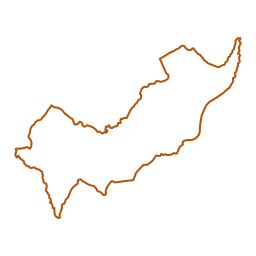 the district of Laulara, Aileu, East Timor
{"feature_id": "22284137B18374352558819", "entity_name": "Laulara", "entity_type": "district", "adm_level": 2, "iso_a3": "TLS", "parent_name": "East Timor", "parent_adm1": "Aileu", "projection": "equal_earth", "projection_center": [125.578, -8.625], "detail": "fine", "context": "isolated", "style": "outline", "palette": "amber", "viewbox_px": 256, "rotation_deg": 0, "n_neighbors": 0, "source": "geoboundaries", "source_scale": "gbopen_adm2", "svg_char_len": 5756}
<svg xmlns="http://www.w3.org/2000/svg" viewBox="0 0 256 256"><path d="M197.8,135.9L198.8,135.0L199.1,134.3L199.9,131.0L199.8,129.2L200.0,125.7L201.6,115.7L202.0,114.6L205.1,107.5L206.0,105.7L207.4,104.0L209.7,101.6L211.3,100.8L218.1,96.6L219.6,95.4L221.9,94.0L223.5,92.7L227.3,89.2L227.9,88.8L229.2,88.1L229.5,87.0L230.1,86.6L230.6,85.8L231.3,84.2L232.6,82.5L233.1,81.5L233.2,80.6L232.9,78.9L233.0,78.2L233.8,77.6L234.9,77.4L235.2,76.9L235.4,76.0L235.4,75.1L234.9,74.1L234.6,73.2L236.1,71.8L236.4,71.1L236.8,69.7L236.9,68.6L237.2,67.5L237.6,66.7L238.1,65.5L238.0,64.7L238.0,63.4L238.6,63.1L239.1,62.6L239.5,61.9L239.7,61.0L239.6,60.2L239.3,59.5L239.1,57.1L239.9,55.9L240.0,55.1L239.4,54.3L238.4,54.1L238.1,53.1L238.3,52.6L238.9,52.0L239.4,51.2L239.4,49.8L238.7,48.0L238.8,47.4L239.2,46.9L239.8,45.0L240.6,43.8L240.6,43.0L240.1,42.0L239.5,41.7L239.3,41.0L239.2,40.4L240.2,39.1L240.2,38.2L238.6,38.4L238.0,38.1L236.6,39.3L235.9,40.1L235.4,41.0L235.4,42.0L235.7,42.9L235.0,44.8L234.2,47.5L234.1,48.3L233.9,49.1L233.3,49.5L232.6,50.4L232.1,52.5L231.2,54.0L230.6,54.3L230.2,55.0L230.1,55.9L229.7,56.7L228.8,56.9L228.3,57.5L227.9,58.7L227.8,59.8L227.4,60.9L226.9,61.4L225.7,61.9L224.8,64.2L224.2,64.7L222.8,65.1L221.1,65.9L219.7,66.7L217.7,67.1L208.0,63.3L206.8,62.2L204.2,60.2L202.9,58.2L201.6,56.7L200.4,55.1L199.6,54.8L196.9,52.9L196.0,51.6L193.2,48.3L192.6,48.3L191.1,49.7L190.0,50.2L189.2,50.2L187.1,49.3L186.3,48.7L185.5,47.8L184.8,46.6L184.1,46.1L182.8,45.8L182.0,45.8L181.0,46.3L180.3,47.0L178.0,48.9L176.1,49.4L174.1,50.9L172.4,51.8L171.4,51.8L168.5,53.5L164.6,56.1L161.6,57.7L159.9,58.8L162.7,65.2L165.1,70.7L165.7,72.2L166.0,72.8L166.3,73.1L166.9,73.8L167.9,74.5L168.3,75.3L168.5,76.2L168.4,77.4L168.2,78.2L167.6,79.0L165.5,80.4L164.0,81.0L160.7,81.8L158.2,81.1L156.6,81.1L156.0,81.4L155.6,82.1L154.5,83.6L149.3,83.9L148.8,85.4L148.4,85.7L147.8,86.5L146.7,86.9L145.6,87.0L144.2,86.8L142.5,88.1L141.6,89.0L141.3,90.2L140.1,92.8L140.1,93.4L140.3,94.2L141.0,94.7L141.1,97.4L140.9,98.0L140.2,99.0L138.3,100.3L136.9,102.8L135.7,103.8L134.2,105.6L133.8,106.5L133.0,107.2L132.1,107.6L131.7,108.4L130.2,110.5L129.5,112.1L128.1,114.9L127.6,115.9L127.4,116.8L126.9,117.7L126.5,118.0L124.9,117.9L123.9,118.0L123.1,118.5L122.7,118.9L122.0,119.0L121.2,118.8L120.8,119.1L120.4,120.1L120.4,121.0L120.8,122.5L120.6,122.9L119.7,123.1L118.3,123.0L117.8,123.4L117.8,124.7L117.5,125.5L117.0,126.1L116.3,126.4L114.8,126.3L114.1,126.6L112.2,128.0L110.4,127.8L110.0,127.0L108.9,125.4L108.3,126.5L107.9,126.7L107.2,126.7L106.5,126.4L106.0,126.5L105.7,127.4L105.7,128.5L105.3,129.6L105.6,130.4L106.1,130.3L107.3,130.4L106.9,132.0L106.1,132.5L105.6,132.5L105.1,132.1L104.2,132.2L103.4,133.2L101.8,133.4L101.3,132.9L100.6,132.5L100.2,132.0L99.7,131.6L99.1,131.6L98.5,131.8L97.8,131.8L97.4,131.7L96.8,131.1L95.7,129.4L94.0,128.1L91.9,126.8L91.0,126.4L89.9,126.3L87.7,125.2L87.1,125.3L85.6,126.2L84.6,126.6L83.8,126.6L83.2,126.2L82.6,125.4L81.8,122.7L81.4,122.3L80.8,121.9L80.2,121.8L79.5,121.9L78.8,122.7L78.3,123.5L77.8,123.9L75.6,124.6L75.1,124.5L74.0,123.3L73.6,122.3L73.1,120.4L72.7,119.6L72.3,118.9L70.6,118.1L66.7,114.9L65.2,113.9L64.1,112.7L62.8,111.0L61.4,109.7L58.6,108.0L57.6,107.7L56.3,107.5L55.4,107.5L54.3,107.2L51.3,105.5L50.6,106.9L49.3,108.5L48.2,109.8L45.9,113.5L44.7,115.0L43.9,116.2L42.9,117.0L40.9,119.5L39.5,120.2L37.7,120.5L35.7,121.8L34.1,124.4L32.0,126.2L31.3,127.2L30.8,128.0L30.2,130.2L30.0,132.5L28.6,135.7L28.5,136.6L28.7,137.4L30.1,139.2L30.8,140.3L31.3,141.7L31.5,142.6L31.3,146.0L30.4,148.2L29.5,148.5L27.5,147.2L27.0,147.1L23.8,148.1L21.3,148.4L19.4,148.8L17.4,148.6L16.5,148.6L16.1,148.7L15.7,149.0L16.0,150.1L16.3,150.5L16.3,150.9L16.0,152.2L15.8,152.7L15.6,153.4L15.4,153.8L15.4,154.4L15.9,156.0L16.4,157.0L16.8,157.4L17.3,157.2L17.8,156.7L18.3,155.9L19.0,156.4L19.5,157.6L20.6,158.9L21.3,159.2L22.5,160.4L23.4,160.6L23.9,161.7L24.1,162.9L24.5,163.7L26.7,165.9L27.3,166.1L28.4,166.1L29.8,167.6L30.6,167.9L31.2,168.0L32.8,167.6L34.5,167.4L35.9,168.6L39.3,169.7L39.9,170.1L40.4,170.7L41.9,171.5L42.3,172.8L42.3,173.6L42.6,174.4L42.9,174.9L42.9,175.7L42.5,177.0L42.6,177.7L43.4,180.0L43.3,180.8L43.4,181.6L43.7,182.1L44.4,182.9L45.0,183.3L45.7,183.4L46.2,183.7L46.4,184.7L46.8,185.6L46.5,188.0L45.8,190.3L46.1,191.3L47.6,192.5L47.8,193.2L47.9,193.9L49.2,195.1L49.3,196.5L49.2,197.3L49.6,198.2L50.2,198.7L50.6,199.2L50.8,200.2L50.9,201.2L50.1,201.9L50.0,202.7L51.4,203.1L52.1,204.7L52.7,206.7L52.7,207.8L53.6,208.2L54.3,208.1L54.6,214.1L55.0,214.7L55.4,215.8L55.8,216.4L57.1,217.2L58.0,217.9L58.8,217.8L59.9,217.5L59.5,216.0L59.5,215.3L61.1,210.4L61.8,208.8L61.9,208.0L61.8,205.7L62.2,204.6L63.8,203.7L64.3,203.7L65.8,199.6L66.4,198.9L68.0,197.4L69.0,195.1L69.7,193.1L71.3,189.7L71.9,188.8L74.5,185.9L76.3,184.8L77.7,183.4L77.7,182.6L78.0,180.2L78.6,179.9L80.1,179.2L80.6,179.4L83.6,181.8L86.2,183.1L88.0,184.3L90.5,185.3L92.2,185.7L93.8,186.0L96.2,188.6L96.9,189.7L97.1,190.5L97.8,191.2L100.7,192.2L103.0,194.6L103.7,195.1L104.3,195.2L106.0,194.0L105.6,191.7L106.8,187.8L107.4,186.5L111.1,181.4L112.8,181.2L114.1,182.0L115.1,182.4L122.8,181.4L125.4,180.9L126.9,180.9L132.5,180.2L133.0,180.0L133.5,179.6L135.5,174.7L135.6,173.7L136.3,172.5L142.1,166.2L143.6,164.9L145.5,164.8L146.6,164.9L147.3,164.8L148.6,163.7L149.5,163.2L150.7,162.3L152.9,160.3L154.0,158.8L155.7,156.0L156.2,155.5L156.8,155.5L159.5,156.1L160.4,155.7L160.9,154.9L161.1,154.1L161.5,153.9L163.0,154.9L163.7,155.1L165.0,154.2L165.9,154.7L167.2,155.0L168.4,155.2L171.8,154.3L173.7,153.2L174.2,153.1L175.5,153.6L176.6,153.5L177.1,153.1L178.6,149.4L179.8,147.0L180.8,145.9L182.8,144.6L182.8,143.6L182.7,142.2L182.9,141.6L184.4,140.7L186.7,140.1L188.2,140.0L189.4,140.2L190.1,140.0L192.5,139.8L193.6,139.4L196.0,138.0L197.8,135.9Z" fill="none" stroke="#b45309" stroke-width="2"/></svg>